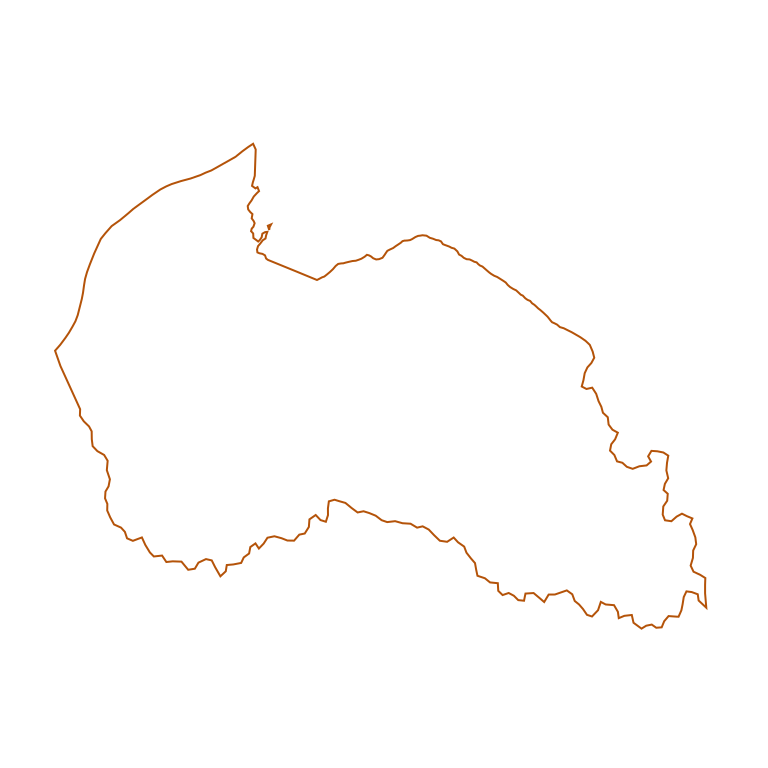 the district of Silves, Amazonas, Brazil, rotated 182°
{"feature_id": "56859067B7747492242143", "entity_name": "Silves", "entity_type": "district", "adm_level": 2, "iso_a3": "BRA", "parent_name": "Brazil", "parent_adm1": "Amazonas", "projection": "natural_earth1", "projection_center": [-58.603, -2.851], "detail": "fine", "context": "isolated", "style": "outline", "palette": "amber", "viewbox_px": 768, "rotation_deg": 182, "n_neighbors": 0, "source": "geoboundaries", "source_scale": "gbopen_adm2", "svg_char_len": 4845}
<svg xmlns="http://www.w3.org/2000/svg" viewBox="0 0 768 768"><g transform="rotate(182 384 384)"><path d="M661.7,532.3L667.7,525.0L672.1,519.1L678.2,504.3L682.1,493.4L684.7,485.5L686.4,478.6L687.2,472.4L688.0,464.6L689.0,458.3L692.5,442.1L694.6,435.9L697.3,430.5L700.7,424.2L704.0,419.0L709.0,411.8L713.9,405.8L708.0,390.7L686.8,348.2L686.8,341.8L682.7,336.2L677.3,331.3L674.5,326.5L674.1,318.6L673.0,311.7L668.1,306.9L661.2,303.3L657.5,297.6L658.0,288.2L654.6,279.2L655.7,272.1L658.6,266.8L658.8,260.0L656.3,254.5L656.2,247.9L654.7,244.8L653.0,241.2L648.9,234.2L641.8,231.3L637.8,227.2L635.4,220.8L629.5,218.5L620.6,222.2L616.9,214.8L612.1,207.5L608.0,203.6L599.8,204.8L595.3,198.5L589.0,199.4L580.2,199.4L573.2,191.5L566.6,192.8L563.2,199.0L555.8,202.8L550.0,201.7L546.4,195.1L540.8,186.1L535.6,191.3L534.8,197.6L528.3,198.4L520.5,200.2L518.1,205.8L512.9,209.9L511.9,216.4L506.9,220.2L503.3,215.2L498.7,220.3L495.1,226.3L488.2,228.0L481.0,226.3L475.1,224.2L468.4,224.3L463.4,230.5L458.0,231.8L454.1,238.5L453.8,246.1L447.7,250.7L442.7,245.8L437.3,244.3L435.4,251.0L435.7,257.7L435.0,264.8L429.4,266.6L424.1,265.2L418.4,263.8L412.0,258.9L405.9,254.7L400.0,256.1L394.2,254.5L387.7,252.1L381.6,247.8L376.0,246.1L368.1,247.3L360.6,245.5L352.6,245.3L345.9,241.6L340.4,243.1L334.2,240.1L328.7,234.7L322.7,229.3L315.4,228.5L309.0,233.0L304.5,228.4L298.2,224.3L295.7,218.3L291.0,212.7L286.8,208.2L285.4,201.6L283.9,195.6L276.4,193.4L271.1,189.4L263.3,188.9L262.6,181.3L258.1,177.2L252.1,179.5L246.8,176.9L242.3,172.7L236.5,172.3L235.8,176.6L235.3,179.5L227.2,180.3L221.3,175.7L216.3,171.7L212.1,179.3L205.8,179.6L194.1,184.1L188.5,180.4L185.8,173.8L181.4,170.5L177.3,166.1L173.1,160.4L168.0,158.9L162.2,165.4L159.7,173.8L154.8,171.4L146.4,171.0L142.3,164.5L141.2,158.2L135.7,160.7L128.3,161.8L126.3,154.1L118.1,148.5L113.5,151.6L108.0,152.9L103.4,149.9L98.0,150.5L95.7,156.7L91.5,162.0L83.5,161.7L81.5,161.7L78.9,168.2L77.9,174.2L77.0,181.5L74.5,187.3L69.2,186.8L63.1,184.8L62.0,178.6L54.1,171.7L55.8,186.0L56.1,194.6L56.1,201.3L61.3,204.3L68.1,207.2L71.2,213.2L69.2,221.0L69.2,228.4L66.4,234.8L67.5,241.6L70.4,248.8L73.3,254.7L71.1,260.4L76.7,262.5L81.7,264.8L86.9,261.7L92.0,256.9L98.4,257.6L100.9,263.2L100.6,271.4L96.9,277.2L96.6,284.2L100.9,287.8L99.8,294.0L96.7,299.7L98.8,307.5L98.4,315.2L97.4,322.3L102.4,325.3L108.5,326.3L114.4,326.5L117.5,320.9L114.4,315.8L118.7,311.8L125.9,310.7L132.5,307.9L138.4,309.7L143.0,313.6L148.4,314.8L151.3,321.1L155.8,325.3L154.8,331.7L151.1,336.8L148.6,343.5L154.1,346.3L158.1,351.3L159.2,358.6L164.2,362.9L166.0,368.8L169.0,374.4L171.6,381.6L175.8,387.6L181.5,386.1L186.3,388.4L184.8,394.8L183.8,401.8L181.3,407.7L177.5,412.2L174.8,417.6L176.6,423.7L179.7,430.3L184.0,434.1L188.9,437.3L191.2,438.6L193.5,439.8L195.9,441.1L198.4,442.4L202.4,444.2L206.3,446.0L210.2,447.0L213.1,449.4L215.9,450.7L218.2,451.6L219.7,453.2L221.2,455.0L222.9,457.0L224.8,458.7L227.3,460.9L230.5,463.5L232.5,464.9L234.6,466.8L236.5,468.4L238.8,469.8L240.8,472.1L243.5,473.1L245.8,474.6L248.4,477.2L250.4,478.0L253.0,480.3L255.2,482.2L258.2,483.5L261.5,485.4L263.8,487.3L265.9,489.7L268.6,491.4L271.5,493.1L274.6,494.9L277.6,496.0L280.8,497.8L282.8,499.2L285.3,501.2L287.0,502.6L289.7,504.8L292.3,505.8L294.0,507.1L295.7,508.8L298.0,509.3L300.0,510.3L302.8,511.5L305.8,511.6L308.7,512.9L311.0,514.8L313.5,516.0L315.3,519.1L318.4,521.8L321.3,522.5L323.5,523.6L325.9,524.4L328.1,525.1L330.0,525.8L332.0,528.5L334.4,529.5L336.9,529.7L340.1,530.9L343.3,531.7L346.7,533.7L350.7,534.0L353.1,533.5L355.1,533.2L357.7,532.0L361.1,529.7L363.1,528.7L365.9,528.2L368.6,528.0L370.5,527.4L372.2,525.7L374.7,523.9L377.1,522.2L379.6,520.2L382.8,518.6L385.3,517.2L386.6,515.2L388.0,512.9L389.9,510.1L393.3,508.6L396.2,508.2L399.2,509.3L401.4,511.0L403.4,512.0L405.6,512.5L407.8,510.5L411.0,508.4L413.6,507.3L416.5,506.2L419.8,505.8L423.6,504.8L426.8,503.9L428.9,503.2L431.1,503.0L434.0,502.4L436.4,500.3L439.1,496.9L442.0,494.0L444.9,491.4L447.4,489.3L449.7,488.4L452.1,487.0L454.6,485.6L475.3,493.3L504.4,504.0L506.2,505.3L507.4,508.4L510.0,509.8L513.1,510.3L515.1,511.1L515.6,514.0L514.7,517.4L512.6,520.0L510.2,523.4L507.5,525.3L507.0,528.5L505.9,532.0L508.2,531.6L510.8,530.0L511.4,526.3L513.2,523.5L514.7,522.0L516.8,523.5L519.6,525.4L520.0,529.9L522.2,532.1L521.6,534.7L520.0,536.6L518.9,540.2L520.0,542.4L522.0,544.9L521.4,549.2L523.8,551.3L525.8,553.7L526.4,557.1L524.9,559.7L522.8,562.8L520.7,566.8L517.6,570.4L515.6,572.4L517.3,576.3L519.3,575.0L522.8,577.4L522.1,581.0L521.3,583.9L520.4,587.5L520.4,613.9L523.2,619.5L528.0,616.1L533.7,611.6L540.4,605.8L564.0,591.4L569.6,589.0L574.7,586.4L584.5,582.6L594.0,579.7L603.2,576.4L608.5,573.9L614.3,570.6L622.1,564.9L626.6,561.3L640.6,550.3L645.5,545.7L653.6,538.5L661.7,532.3ZM504.1,534.0L503.8,536.7L502.4,539.6L505.6,538.1L504.1,534.0Z" fill="none" stroke="#b45309" stroke-width="2"/></g></svg>